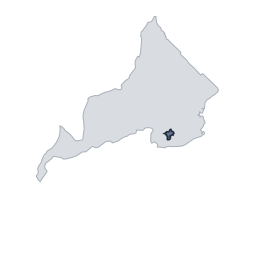 Mezam, Nord-Ouest, Cameroon shown in context, rotated 224°
{"feature_id": "32672807B13167032786609", "entity_name": "Mezam", "entity_type": "district", "adm_level": 2, "iso_a3": "CMR", "parent_name": "Cameroon", "parent_adm1": "Nord-Ouest", "projection": "robinson", "projection_center": [10.141, 6.007], "detail": "fine", "context": "in_parent", "style": "filled", "palette": "slate", "viewbox_px": 256, "rotation_deg": 224, "n_neighbors": 0, "source": "geoboundaries", "source_scale": "gbopen_adm2", "svg_char_len": 4537}
<svg xmlns="http://www.w3.org/2000/svg" viewBox="0 0 256 256"><g transform="rotate(224 128 128)"><path d="M69.4,173.8L69.8,172.5L73.1,166.1L75.2,155.9L76.2,153.5L77.1,151.9L82.0,146.5L83.8,144.8L86.4,142.8L88.2,138.8L88.9,138.4L89.7,138.0L93.8,134.7L94.2,135.3L94.5,136.1L94.8,136.5L96.1,136.7L98.0,136.7L99.0,136.5L99.6,135.8L100.2,133.9L100.5,133.6L101.0,133.5L103.0,134.8L106.3,138.5L107.2,139.2L107.5,139.9L108.2,143.2L108.7,144.1L109.4,144.4L110.7,144.2L112.0,143.6L113.2,142.7L114.4,141.6L115.2,140.6L115.5,139.9L115.7,137.1L115.9,136.5L120.3,132.6L120.2,132.2L119.5,131.1L118.8,129.8L119.5,128.6L120.1,127.6L122.6,124.3L122.8,121.9L124.8,118.1L125.9,113.1L126.0,112.2L128.6,106.7L131.3,106.2L132.4,105.5L133.6,104.1L134.4,102.8L134.8,101.6L135.0,99.3L135.5,96.7L135.8,94.3L136.7,92.2L138.0,91.1L140.4,90.2L140.8,89.8L141.1,88.4L141.5,83.6L141.9,81.5L144.1,79.2L145.0,75.5L145.9,71.6L148.4,66.9L151.4,62.3L152.7,61.0L153.9,60.4L155.2,60.4L156.1,60.0L159.3,57.7L160.6,56.9L161.6,56.1L161.8,55.4L161.9,54.4L161.6,52.0L162.1,50.2L162.4,47.5L162.6,45.3L162.4,44.6L161.8,43.3L160.9,42.0L159.3,41.2L157.1,41.0L156.0,40.5L155.5,38.1L155.4,36.5L153.9,28.4L156.6,28.4L160.0,29.4L160.8,30.1L161.2,32.9L162.5,34.5L164.6,35.8L165.9,38.5L166.4,42.5L167.6,45.0L167.9,45.3L169.5,49.9L169.7,52.0L169.5,53.5L170.2,55.2L169.2,58.3L168.9,60.1L168.8,62.7L169.4,67.3L170.4,70.8L171.5,73.7L172.7,75.9L174.6,78.4L176.6,80.6L178.5,82.0L176.8,82.9L173.4,83.0L171.4,82.5L170.5,82.5L169.5,82.8L165.9,83.2L162.3,83.0L158.9,82.4L156.8,82.5L155.2,83.9L153.9,85.9L152.7,87.6L153.2,89.4L154.1,90.4L155.8,92.5L157.4,94.7L158.2,96.1L161.4,99.2L164.4,102.0L165.8,103.0L166.4,103.2L168.0,104.8L170.3,107.4L172.4,111.5L175.4,119.7L176.0,120.4L177.0,120.8L177.1,121.7L177.1,123.0L176.8,124.0L174.4,128.3L172.4,130.0L171.8,131.0L171.0,133.5L169.1,138.4L168.3,139.0L166.5,142.4L165.0,146.5L164.6,147.2L164.0,147.7L161.8,148.7L161.1,149.2L160.0,150.6L159.9,151.4L160.4,152.6L161.0,153.5L162.1,153.5L162.7,154.4L162.8,160.9L162.2,161.9L162.3,162.3L162.0,163.4L161.9,164.6L162.1,165.1L162.5,165.5L163.1,166.4L163.5,168.4L164.2,175.4L164.6,176.5L165.2,177.3L167.1,178.8L169.0,180.7L169.7,182.0L170.1,184.1L170.8,185.8L170.8,186.4L170.5,186.6L169.2,186.7L169.7,187.9L170.7,190.0L175.8,196.5L180.7,202.3L181.8,202.7L182.7,202.8L183.0,203.2L183.5,204.0L185.1,206.1L185.4,207.3L185.1,208.5L185.4,210.3L185.7,210.9L185.6,211.5L185.8,213.7L186.3,215.6L187.0,217.2L186.9,218.4L186.0,219.0L185.4,220.1L185.2,221.6L185.5,223.4L186.3,225.5L186.3,226.8L185.1,227.6L183.8,226.2L182.4,225.2L180.2,223.4L178.0,222.8L175.2,222.7L174.0,222.9L171.9,221.5L171.2,221.3L170.3,221.9L169.6,221.9L168.8,221.7L167.2,221.7L167.1,220.7L166.8,220.6L165.1,220.6L164.6,219.8L164.3,219.9L163.6,219.7L162.2,218.5L160.8,219.3L157.7,219.2L142.4,219.1L142.1,218.0L141.3,217.5L139.9,217.4L135.8,217.6L132.7,217.5L130.6,217.0L128.0,216.8L124.8,217.0L121.5,217.0L115.7,216.7L112.4,216.7L112.5,217.4L112.3,217.9L112.1,219.0L91.3,219.0L89.6,218.2L89.1,217.7L88.9,216.8L88.5,216.6L88.9,212.5L89.6,209.1L89.9,205.9L90.8,203.1L90.3,200.3L89.7,199.1L86.6,195.1L88.0,193.6L86.1,193.8L85.7,192.3L84.8,190.5L85.3,190.3L85.9,189.3L87.6,189.6L87.6,189.1L86.1,187.6L86.2,186.9L86.8,186.0L86.5,185.7L85.5,186.5L84.7,186.5L84.1,186.0L83.7,185.9L83.9,187.0L83.3,188.0L82.8,188.4L81.8,188.3L81.0,188.1L80.8,187.5L80.0,187.0L78.0,186.3L76.2,185.4L75.8,183.0L75.2,181.9L74.9,180.8L74.7,179.4L74.9,177.3L74.5,177.0L74.0,176.9L73.2,177.0L72.5,176.9L71.7,175.7L71.0,175.3L71.4,177.4L70.9,178.0L69.6,177.8L69.1,177.0L69.0,176.4L69.6,173.9L69.4,173.8Z" fill="#d9dde1" stroke="#a8b0b8" stroke-width="1"/><path d="M92.8,148.1L92.7,148.1L92.0,147.2L91.6,147.0L91.4,147.0L91.0,147.3L90.8,147.8L90.7,147.9L90.6,148.2L90.3,148.2L90.1,148.9L90.1,149.4L90.3,149.7L90.5,150.4L91.3,150.9L91.7,150.8L92.0,151.0L92.3,151.3L92.1,151.7L91.8,151.9L91.7,152.5L91.7,153.6L91.4,154.2L90.6,154.1L90.6,154.4L91.0,154.7L91.1,155.1L91.3,155.5L91.3,156.2L91.8,156.4L92.4,156.6L92.7,156.6L93.1,156.7L93.4,156.6L93.6,156.5L93.6,156.4L94.3,155.8L95.4,156.3L95.8,156.7L96.1,156.9L96.5,156.6L96.6,155.5L96.2,154.6L96.2,154.4L96.0,153.8L96.1,153.3L96.5,153.0L97.3,152.6L97.5,152.4L97.5,152.1L97.4,151.6L97.7,151.2L97.8,150.7L97.7,150.3L97.8,149.7L98.0,149.2L97.8,149.3L97.2,149.7L97.1,149.8L96.9,150.0L96.3,150.0L96.0,149.5L95.7,149.4L95.4,149.5L95.2,149.6L94.8,149.6L94.5,149.3L94.4,149.2L94.1,149.2L93.8,149.2L93.7,149.1L93.4,149.3L93.2,149.3L93.1,149.2L92.8,148.9L92.9,148.6L93.0,148.4L92.8,148.1Z" fill="#64748b" stroke="#1e293b" stroke-width="1.5"/></g></svg>